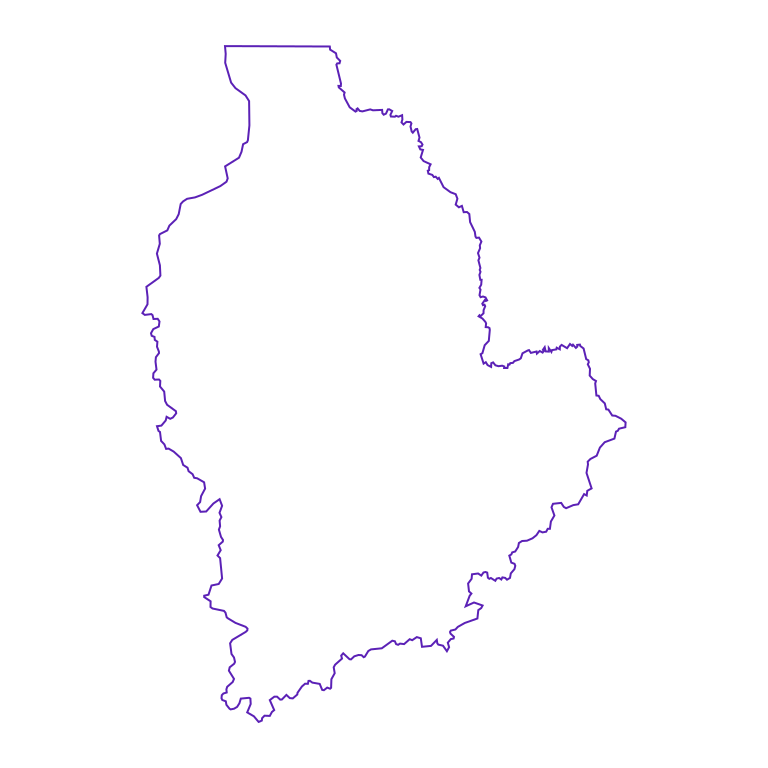 Uruará, Pará, Brazil (Natural Earth projection)
{"feature_id": "56859067B7583644693749", "entity_name": "Uruará", "entity_type": "district", "adm_level": 2, "iso_a3": "BRA", "parent_name": "Brazil", "parent_adm1": "Pará", "projection": "natural_earth1", "projection_center": [-53.819, -3.577], "detail": "fine", "context": "isolated", "style": "outline", "palette": "violet", "viewbox_px": 768, "rotation_deg": 0, "n_neighbors": 0, "source": "geoboundaries", "source_scale": "gbopen_adm2", "svg_char_len": 6094}
<svg xmlns="http://www.w3.org/2000/svg" viewBox="0 0 768 768"><path d="M616.0,431.6L617.8,430.8L619.0,428.7L625.3,427.2L625.6,422.4L621.2,418.7L615.5,415.8L612.2,415.5L608.4,409.6L606.2,409.3L604.8,403.4L600.3,399.1L598.7,395.8L596.4,395.5L595.2,383.4L596.0,381.0L592.8,379.1L589.7,375.6L590.0,368.8L587.8,364.3L588.8,362.3L588.3,360.3L586.2,359.1L583.6,348.5L580.3,346.0L579.9,344.6L577.2,344.9L577.3,346.6L575.9,347.9L573.0,344.7L572.2,345.9L570.0,344.0L567.1,348.2L561.6,344.9L559.9,346.6L559.8,349.3L556.7,347.7L556.3,349.4L552.0,350.1L551.4,351.9L548.8,348.1L548.8,351.6L545.6,351.4L544.7,347.2L542.9,349.8L543.7,351.1L542.6,352.6L539.8,351.0L536.9,353.6L536.5,351.5L530.9,352.9L529.0,350.1L527.7,350.5L522.5,353.3L520.8,358.3L519.1,359.5L514.4,361.1L512.9,362.9L510.3,363.1L509.5,364.6L508.2,364.3L507.4,368.0L504.1,368.0L504.3,366.5L502.2,365.7L498.5,366.2L495.4,365.3L493.1,362.4L491.3,363.2L491.1,366.9L487.6,365.1L485.8,362.2L483.6,363.6L480.6,354.2L482.4,353.2L484.7,345.2L488.8,340.9L489.8,329.9L489.5,328.1L488.2,327.3L485.7,327.1L486.1,323.4L485.4,321.9L482.4,318.5L478.6,316.3L479.5,315.2L480.5,316.2L483.5,313.3L483.6,310.1L485.2,306.2L484.5,304.7L483.0,305.2L482.3,303.7L484.8,300.1L485.8,301.0L487.1,300.4L485.5,297.4L483.0,296.5L480.6,297.2L479.5,295.2L480.5,289.6L479.4,287.9L481.2,284.7L481.6,279.8L480.3,279.8L479.4,274.9L480.5,271.8L479.7,269.9L480.4,268.0L478.4,260.3L479.5,257.7L478.0,253.1L480.1,248.2L479.8,245.3L481.4,241.6L479.0,237.6L476.4,237.9L475.5,236.6L474.8,231.8L470.1,222.1L469.3,214.0L467.0,212.0L463.7,212.2L461.9,205.9L458.9,207.3L455.7,204.6L457.4,198.7L455.7,194.2L450.5,192.2L443.6,187.2L438.9,177.9L437.7,178.9L435.7,176.7L433.9,177.1L432.3,174.9L428.4,173.6L427.8,170.7L429.1,170.2L429.2,167.1L430.6,164.3L423.6,161.1L420.7,157.5L423.0,149.9L420.3,149.4L418.9,146.4L421.7,146.2L422.5,144.6L421.0,142.2L418.5,140.9L419.5,137.6L417.2,129.0L415.7,129.2L412.8,132.7L411.7,131.5L410.5,126.5L411.4,123.4L410.5,122.1L406.4,121.9L403.5,124.5L401.5,122.4L402.4,119.5L402.1,115.2L398.5,116.7L396.0,115.8L394.9,116.7L390.9,116.5L390.4,114.9L392.2,111.0L389.2,109.3L387.9,109.4L386.0,113.6L383.7,114.7L382.4,113.2L382.1,109.9L373.0,110.3L370.2,109.4L362.4,111.4L359.7,110.9L357.6,108.4L356.5,109.2L356.7,110.9L355.5,111.6L349.7,107.3L344.9,98.4L344.0,94.7L344.6,92.5L338.8,87.4L338.5,85.9L340.8,86.0L341.0,83.6L336.4,64.7L337.2,63.4L339.5,63.3L340.2,60.9L336.8,57.5L336.0,53.3L330.1,49.6L329.8,46.5L225.0,46.1L225.7,53.9L225.2,62.8L231.1,82.6L235.5,88.2L245.5,95.4L249.1,101.1L249.4,125.4L247.9,140.2L247.1,142.1L243.1,144.2L241.5,151.8L239.0,157.7L225.1,166.4L227.7,178.4L226.5,181.7L220.3,186.1L202.1,194.8L195.0,197.4L187.1,198.8L183.1,201.4L180.7,204.0L178.7,214.2L176.2,219.1L169.4,225.6L167.3,230.4L159.9,234.1L159.1,235.5L159.8,243.8L156.9,253.6L159.9,265.3L160.4,275.6L158.8,277.9L146.4,286.8L147.6,297.2L147.5,304.3L142.4,313.1L144.8,314.9L151.3,314.1L152.5,315.1L153.5,319.0L157.7,318.8L159.5,321.5L158.8,326.5L153.3,329.1L151.0,333.2L151.7,335.8L154.5,336.9L154.8,339.9L157.4,341.7L157.0,346.7L158.9,351.6L159.0,353.1L155.9,357.2L155.5,361.7L156.5,369.6L153.4,373.3L153.1,377.8L154.7,379.7L159.0,379.5L160.3,380.9L160.0,386.5L164.2,391.6L165.1,401.0L167.1,404.8L175.9,411.2L176.2,413.3L172.9,417.5L170.2,418.8L166.6,416.8L165.7,420.5L161.4,425.6L157.0,426.2L158.5,430.9L160.0,432.0L161.1,440.9L164.4,444.4L166.1,448.9L168.6,448.6L173.7,451.6L180.9,458.1L183.2,465.0L187.5,467.7L188.6,471.2L192.6,474.2L194.2,477.8L197.2,478.3L204.1,482.3L205.1,488.6L201.1,496.1L200.1,502.1L197.1,505.2L200.5,511.8L206.2,511.5L213.4,503.5L219.6,499.2L222.1,505.8L219.5,512.8L221.4,517.1L219.6,520.6L220.1,526.3L218.9,529.6L221.0,536.9L223.0,540.0L222.8,541.6L218.7,545.2L220.7,550.2L217.5,555.5L220.1,558.1L222.1,578.5L218.7,584.0L211.5,585.5L208.5,594.7L204.2,595.7L204.2,597.1L210.6,601.3L210.5,607.0L212.5,608.5L224.0,610.9L225.5,612.7L226.7,617.3L227.9,618.3L235.5,622.9L245.6,626.8L247.5,628.6L247.3,630.4L245.7,631.9L232.3,639.9L230.1,643.3L231.5,654.0L234.0,657.5L235.0,661.9L234.2,663.7L229.7,667.3L228.9,670.7L234.0,678.9L232.7,682.0L227.2,686.8L226.4,689.3L226.7,692.5L223.4,693.5L221.8,695.2L221.5,698.2L222.3,700.0L225.8,701.3L226.4,704.8L229.5,708.7L230.6,709.4L234.1,708.7L237.1,706.9L239.4,703.3L240.8,698.6L249.1,697.8L250.4,698.6L250.7,704.0L247.2,712.4L253.9,716.3L258.6,721.9L261.8,720.6L262.1,718.2L264.5,715.7L269.8,715.9L271.9,712.0L274.2,710.1L269.8,700.1L274.3,696.7L277.1,696.7L280.2,699.6L281.9,699.5L286.4,694.9L289.8,698.1L292.8,698.4L297.3,694.5L297.5,692.8L301.9,686.5L305.1,683.7L307.9,683.8L308.5,680.9L309.9,680.8L312.3,682.6L319.7,683.9L322.2,689.9L323.9,690.2L327.2,687.6L330.1,688.7L331.1,687.8L331.4,679.2L334.7,673.2L333.7,667.3L335.1,664.7L342.0,658.6L341.2,655.6L343.2,653.3L349.5,659.2L351.0,659.4L354.3,656.3L358.5,655.0L361.6,655.2L363.7,657.2L364.9,656.6L368.3,651.0L371.0,649.4L381.8,648.3L392.3,640.7L394.9,641.3L396.1,644.1L398.1,644.8L400.0,643.6L404.1,644.1L409.7,639.2L412.2,640.2L416.8,637.1L420.8,638.3L422.0,646.8L431.0,645.9L436.8,639.9L437.3,643.3L438.3,644.6L443.0,645.7L446.9,651.2L449.1,647.2L447.8,642.7L450.8,639.1L453.6,638.5L454.0,636.9L450.5,633.6L450.0,632.0L450.8,630.6L455.4,629.5L457.8,626.9L464.7,623.0L477.4,618.5L478.3,610.1L481.2,608.1L482.6,605.5L474.0,602.5L465.7,606.3L469.7,595.7L471.4,593.6L469.0,591.4L468.1,583.5L471.6,578.8L472.0,574.3L478.1,573.5L481.3,575.6L483.5,572.5L485.5,572.0L487.2,572.6L487.9,577.7L489.3,578.8L490.9,578.0L495.3,580.8L496.6,578.6L499.1,578.0L501.3,579.5L502.4,577.4L505.2,577.9L507.0,579.7L510.0,577.9L510.8,573.4L514.4,569.2L515.3,565.8L514.5,563.8L511.3,562.6L509.3,555.6L511.3,554.5L512.2,552.4L515.2,551.5L518.1,547.0L518.9,543.0L522.1,541.0L527.0,540.7L532.5,538.3L536.4,535.2L539.3,530.9L542.5,532.4L546.2,531.7L547.7,528.8L549.9,528.8L550.9,521.5L554.4,515.5L551.5,507.3L553.0,503.8L561.2,502.9L563.8,506.9L566.1,508.2L573.3,505.1L578.2,504.3L584.1,494.1L586.7,495.5L587.3,490.8L591.6,488.4L586.5,472.9L588.0,464.4L587.7,461.7L590.4,459.0L596.7,455.7L599.9,447.6L604.7,442.2L614.4,438.6L616.0,431.6Z" fill="none" stroke="#5b21b6" stroke-width="2"/></svg>